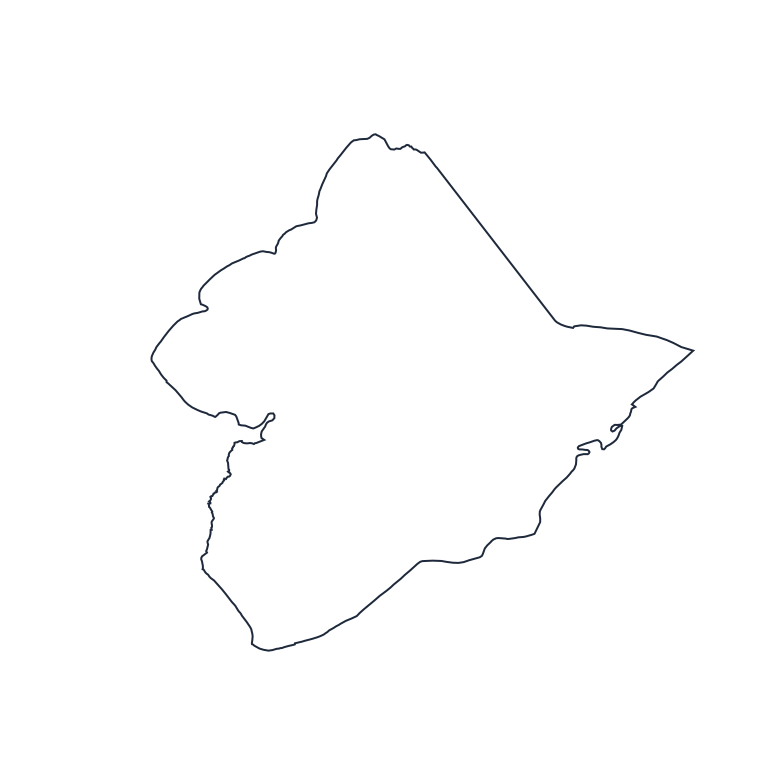 the district of Prasat Sambour, Kâmpóng Thum, Cambodia, rotated 232°
{"feature_id": "14789045B86193170261556", "entity_name": "Prasat Sambour", "entity_type": "district", "adm_level": 2, "iso_a3": "KHM", "parent_name": "Cambodia", "parent_adm1": "Kâmpóng Thum", "projection": "natural_earth1", "projection_center": [105.145, 12.863], "detail": "fine", "context": "isolated", "style": "outline", "palette": "slate", "viewbox_px": 768, "rotation_deg": 232, "n_neighbors": 0, "source": "geoboundaries", "source_scale": "gbopen_adm2", "svg_char_len": 6166}
<svg xmlns="http://www.w3.org/2000/svg" viewBox="0 0 768 768"><g transform="rotate(232 384 384)"><path d="M218.0,608.8L218.6,614.4L218.5,620.2L218.8,626.6L218.7,632.1L219.9,648.2L230.1,641.0L238.2,637.3L244.3,634.0L253.5,628.1L261.4,620.8L268.0,615.6L275.0,610.4L280.6,605.5L290.3,594.2L295.4,589.5L300.3,584.1L305.4,579.4L309.0,575.3L312.3,569.4L311.8,567.5L316.4,563.6L318.5,562.1L322.0,560.0L326.3,558.2L328.5,557.8L521.7,558.8L523.7,558.6L532.4,558.8L541.5,558.6L542.0,557.6L543.6,555.5L547.9,554.1L549.3,553.4L550.5,551.8L551.2,551.9L552.4,551.6L554.3,551.7L555.1,550.6L556.9,550.5L558.3,549.3L558.5,548.4L558.4,546.8L559.3,544.3L559.2,541.7L560.2,540.4L561.3,539.4L562.0,538.7L562.4,536.5L564.8,533.9L566.3,533.5L568.6,533.6L576.5,535.0L582.5,532.7L584.8,531.5L585.9,531.2L586.9,529.3L587.1,527.0L586.9,524.1L587.5,521.7L591.8,515.6L593.4,512.1L594.6,510.2L594.7,507.6L594.6,506.1L593.3,499.4L591.0,490.1L590.3,486.7L589.4,484.2L586.7,473.3L585.2,468.7L583.4,466.1L579.5,458.5L576.4,453.3L575.8,452.0L572.8,448.5L571.1,446.0L569.3,443.9L566.4,441.6L563.1,438.1L560.0,435.2L556.3,433.6L554.6,431.2L554.3,428.7L555.4,426.3L557.1,423.5L560.2,416.2L562.3,412.0L562.9,405.9L563.5,404.0L563.9,400.3L563.6,398.2L563.7,396.4L563.1,395.0L562.6,392.2L561.8,389.3L560.5,387.7L559.6,386.0L558.7,383.7L557.9,382.6L555.8,381.3L554.7,380.0L553.9,378.7L554.2,377.7L557.2,375.8L559.0,374.3L560.0,373.1L563.1,370.4L564.5,368.0L566.7,361.6L567.4,359.6L568.0,356.7L568.6,355.0L569.0,353.3L569.0,351.6L569.5,350.7L570.5,346.0L572.6,338.5L572.8,335.3L573.3,332.9L573.6,328.8L574.0,325.5L574.3,317.6L573.7,311.2L572.6,302.4L571.9,299.9L571.7,298.6L570.4,295.9L569.5,294.6L564.9,290.9L559.6,288.8L558.2,289.8L555.3,291.3L553.2,292.0L551.7,291.4L551.3,290.5L551.3,289.5L551.5,288.2L552.0,287.0L552.8,286.0L554.7,281.1L556.6,277.6L557.3,275.4L558.2,271.5L560.3,264.0L560.2,262.3L560.4,259.9L559.7,253.9L558.4,247.1L556.5,239.6L554.8,234.0L554.5,232.3L553.2,227.4L551.9,224.9L550.7,221.6L548.8,218.1L547.5,216.7L546.2,215.7L544.8,215.1L542.7,215.2L539.6,214.8L535.5,214.6L533.1,214.7L528.8,214.2L524.4,214.2L520.5,214.7L519.3,213.8L517.2,214.3L507.5,215.9L498.2,216.3L495.0,216.2L492.6,216.3L488.3,217.0L483.5,218.5L478.2,221.1L474.6,223.1L470.0,226.3L468.0,226.9L464.6,229.4L462.0,230.6L461.9,231.8L462.2,234.7L462.5,235.7L462.1,237.4L459.2,242.3L455.9,244.8L451.3,247.7L449.3,247.6L442.9,245.5L441.5,244.6L439.6,245.8L436.5,249.1L431.1,252.3L429.4,253.7L428.7,256.2L427.9,259.8L427.8,263.1L428.3,266.6L431.4,274.4L430.8,276.2L429.0,278.6L426.8,278.4L424.6,276.6L424.1,273.6L425.4,270.2L425.5,268.1L424.8,266.0L423.7,264.3L421.9,258.4L420.1,256.2L418.3,254.9L416.8,254.2L413.7,255.2L416.1,247.1L416.8,245.8L416.8,244.5L418.5,243.5L420.0,242.1L421.1,240.1L422.6,238.3L423.8,237.2L425.6,236.3L426.6,236.9L428.0,234.8L428.4,232.5L429.2,231.3L429.7,230.0L428.4,228.9L427.5,227.6L427.6,226.6L427.0,226.0L426.8,224.7L425.4,223.8L425.5,222.9L425.1,220.2L424.6,219.1L423.8,218.1L422.8,217.5L422.6,216.6L421.8,215.1L421.0,214.4L420.4,213.3L417.8,212.5L412.7,209.1L411.8,209.2L411.0,208.5L411.1,207.1L410.0,207.2L409.2,207.8L407.3,207.7L406.8,206.9L406.4,206.0L406.4,205.0L407.1,203.8L407.0,202.6L406.4,201.0L407.8,199.9L407.3,198.9L406.5,198.7L406.2,196.7L405.5,195.7L405.6,192.9L404.9,191.6L405.0,189.8L404.6,188.7L403.1,187.1L403.0,186.0L401.9,186.0L401.9,185.1L402.6,183.8L402.2,182.9L402.6,182.2L402.1,181.4L401.4,179.8L401.9,179.0L402.0,177.8L401.3,177.4L400.5,177.5L399.6,176.4L399.1,175.1L399.2,173.9L397.5,174.2L396.8,173.7L397.9,171.9L396.0,171.4L395.0,170.5L393.5,170.7L390.6,170.2L389.3,170.2L388.7,169.2L387.7,169.2L384.8,167.7L383.5,167.6L382.7,167.1L381.7,163.8L381.0,162.8L378.3,161.3L377.3,160.5L377.0,159.4L375.2,158.5L375.8,157.6L372.8,155.1L371.6,153.6L370.2,151.8L368.7,148.0L367.4,147.2L365.8,146.6L362.8,142.8L361.8,141.0L360.1,140.7L360.2,134.5L359.4,132.9L358.3,132.0L356.6,131.5L352.4,129.4L350.6,128.1L349.7,127.0L348.8,127.6L346.3,127.3L344.4,127.3L341.8,128.0L340.0,127.8L337.7,128.0L333.9,129.1L321.8,129.9L315.7,130.0L306.1,129.9L300.9,130.3L295.0,129.6L291.6,129.8L288.8,129.4L281.0,129.3L275.2,128.9L272.7,128.5L268.1,126.4L266.0,125.1L262.8,122.1L261.7,120.9L261.0,120.2L260.2,119.8L259.3,120.4L257.6,120.7L252.2,123.0L248.9,125.3L245.0,128.8L243.0,132.3L241.3,136.6L240.2,138.2L239.7,139.7L238.8,141.0L238.2,143.0L236.4,147.4L234.5,151.4L233.7,153.4L234.5,154.2L231.3,161.1L230.5,163.3L227.5,170.2L225.3,176.0L224.5,178.7L223.7,182.1L223.6,184.7L223.4,186.5L223.6,189.2L222.8,194.0L222.5,197.5L222.0,199.8L221.8,202.2L220.8,208.3L219.1,214.4L217.9,219.7L218.5,223.8L218.9,229.6L219.3,243.0L219.7,250.2L219.5,258.9L219.6,264.0L220.0,268.1L220.2,277.3L220.7,282.7L221.0,289.9L221.7,299.4L221.6,303.0L220.8,305.2L214.9,313.5L209.2,320.3L205.3,323.8L200.7,328.3L197.2,332.5L194.6,337.1L192.7,342.6L188.5,352.8L188.3,355.3L189.2,357.2L192.4,362.3L193.3,366.1L193.7,370.5L194.0,371.9L194.1,374.4L193.4,377.4L192.2,379.3L187.3,384.7L186.0,385.7L185.1,386.9L181.8,392.6L180.5,395.4L177.7,399.6L176.5,401.9L174.2,407.6L173.3,410.4L179.0,422.0L181.7,424.2L185.3,426.3L187.5,428.2L188.4,429.7L190.9,435.5L192.6,439.1L194.1,445.2L195.0,449.7L196.1,453.6L196.5,455.7L197.5,465.3L197.8,470.3L198.7,475.2L199.4,477.7L199.6,479.7L200.1,481.8L202.4,485.7L205.5,488.6L206.9,489.6L207.8,490.7L208.2,492.1L207.8,493.9L207.2,495.3L205.8,498.2L203.3,501.3L203.2,502.6L203.6,503.7L204.3,504.2L205.8,504.1L206.6,503.8L208.1,502.1L210.2,500.1L212.2,497.7L213.2,497.1L214.4,497.4L214.9,498.4L215.0,499.5L212.8,506.6L211.3,510.4L209.8,514.8L208.8,517.0L208.0,518.0L206.5,518.5L204.0,518.7L202.4,518.0L200.7,516.7L198.3,515.9L197.1,517.1L197.2,518.7L197.9,520.5L197.1,525.4L196.9,529.2L197.1,532.3L197.5,533.9L198.7,536.6L200.7,539.8L201.7,542.7L204.3,545.9L205.4,544.8L205.8,542.6L205.9,539.8L205.3,536.9L205.9,534.8L207.6,534.4L208.8,535.3L209.9,537.1L209.8,540.6L207.9,542.9L206.1,545.8L206.9,554.4L207.2,556.3L207.8,558.3L209.4,560.3L210.1,561.6L211.4,563.0L212.0,563.9L211.9,565.4L211.2,568.0L215.3,566.8L215.4,567.9L215.8,569.2L216.1,572.3L216.1,578.3L214.8,587.5L214.5,593.7L216.7,599.5L217.2,600.4L217.6,602.1L218.0,608.8Z" fill="none" stroke="#1e293b" stroke-width="2"/></g></svg>